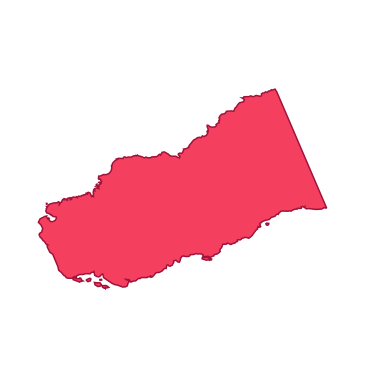 North West Choiseul, Choiseul, Solomon Islands, rotated 292°
{"feature_id": "97153195B88202120204491", "entity_name": "North West Choiseul", "entity_type": "district", "adm_level": 2, "iso_a3": "SLB", "parent_name": "Solomon Islands", "parent_adm1": "Choiseul", "projection": "equal_earth", "projection_center": [156.555, -6.774], "detail": "fine", "context": "isolated", "style": "filled", "palette": "rose", "viewbox_px": 384, "rotation_deg": 292, "n_neighbors": 0, "source": "geoboundaries", "source_scale": "gbopen_adm2", "svg_char_len": 5967}
<svg xmlns="http://www.w3.org/2000/svg" viewBox="0 0 384 384"><g transform="rotate(292 192 192)"><path d="M227.3,323.1L316.6,233.1L318.5,230.5L316.4,227.9L316.5,227.2L315.1,226.6L314.1,225.0L312.5,224.5L312.4,222.7L310.6,221.6L310.4,220.6L309.0,219.6L307.6,220.3L306.4,219.7L305.5,215.2L303.7,213.6L303.2,212.5L303.1,210.3L301.8,209.2L299.8,204.5L298.4,204.4L297.9,203.1L297.4,206.0L294.9,205.9L292.5,202.6L289.4,201.5L287.6,201.4L286.1,200.5L282.5,200.4L281.9,198.1L279.8,193.8L276.8,193.0L275.2,190.3L273.3,189.5L270.9,189.2L269.9,190.4L268.9,190.2L268.7,190.6L267.9,190.2L266.3,191.2L265.8,190.3L263.6,189.0L263.0,189.7L261.3,189.4L259.6,186.4L259.3,184.4L259.9,181.9L259.6,181.1L258.5,181.4L255.8,183.8L254.7,183.5L254.9,183.9L253.9,184.4L253.2,183.7L252.4,184.5L249.8,184.1L248.0,182.4L247.9,180.6L245.9,180.1L245.6,178.6L244.4,176.6L242.6,175.7L240.9,174.1L234.6,172.1L232.7,171.9L232.5,172.4L230.2,170.6L228.6,168.0L227.9,168.5L224.7,168.4L223.9,167.6L223.3,165.8L222.4,165.1L221.4,165.3L220.7,167.4L219.4,167.5L219.6,167.3L218.7,166.1L219.1,163.7L217.4,159.2L217.6,157.3L218.3,155.8L218.8,151.3L217.6,149.4L214.5,149.1L214.9,148.2L214.7,147.6L211.7,146.2L209.4,141.5L208.5,141.0L207.1,138.3L207.2,136.3L205.9,135.2L205.8,130.7L205.4,128.5L205.8,127.5L204.8,127.1L204.9,126.1L203.9,125.2L203.8,124.5L201.4,122.4L200.7,120.1L199.3,118.1L199.3,116.3L198.7,115.6L197.1,115.4L196.2,112.5L194.9,110.9L192.1,108.8L188.8,107.5L187.2,108.0L186.5,107.4L184.2,108.6L181.4,109.1L178.1,108.1L176.0,106.0L175.1,103.5L172.3,100.8L171.9,99.6L169.7,100.0L169.5,100.9L169.0,100.9L169.5,102.2L169.0,103.0L168.5,103.0L167.9,104.2L166.9,103.9L166.2,104.6L165.0,104.2L163.2,102.6L162.5,102.7L162.3,103.6L161.7,103.3L160.7,104.1L160.9,103.1L160.2,103.5L160.0,101.9L158.6,100.5L157.9,100.7L157.6,100.1L156.7,101.4L156.2,100.2L154.1,100.7L153.7,101.4L152.2,101.7L151.7,101.3L151.0,102.0L151.1,101.4L150.1,100.7L152.7,98.1L153.0,97.0L152.8,96.0L152.3,96.1L152.0,95.2L151.4,95.4L151.1,94.6L150.8,95.1L150.7,94.4L149.8,94.3L148.7,92.5L147.9,92.2L147.8,91.5L145.9,89.8L145.8,88.5L144.4,87.7L144.4,87.0L143.9,87.4L144.0,86.7L143.3,85.8L143.0,84.0L141.8,82.7L141.0,82.9L141.4,82.4L141.2,81.8L140.4,82.1L140.7,81.4L140.0,81.6L140.6,80.9L140.2,79.9L139.6,79.7L139.5,79.0L138.4,78.5L137.9,79.5L137.4,78.6L138.1,77.0L137.9,75.8L137.2,75.5L136.8,75.9L136.6,75.0L135.8,74.8L133.5,74.7L133.1,74.1L130.7,73.7L132.7,72.8L133.0,72.0L131.3,70.6L130.0,67.8L127.6,64.7L126.2,63.7L124.9,63.7L124.1,62.5L123.4,63.5L121.8,63.1L121.2,63.6L119.7,63.5L118.2,65.1L118.4,67.6L118.0,68.9L118.3,70.1L117.6,70.4L117.7,71.5L117.2,72.6L117.9,74.5L117.8,75.8L116.3,76.1L114.2,75.7L112.2,73.8L111.6,71.6L112.9,69.7L113.8,69.7L114.1,69.1L113.3,69.3L112.9,68.7L113.2,68.2L114.5,66.3L115.3,66.3L114.4,64.9L110.2,61.2L106.3,60.9L105.0,64.1L102.3,67.2L98.6,67.6L96.9,66.4L95.3,66.1L93.1,68.3L92.7,69.7L91.1,72.2L90.9,73.7L89.1,76.1L88.9,78.2L88.4,77.6L86.8,78.4L82.9,82.8L82.1,86.2L72.5,95.7L69.5,97.7L68.5,101.0L66.6,104.5L66.5,106.1L65.5,107.4L65.5,108.8L66.4,111.6L67.2,112.9L69.8,114.9L69.7,116.6L71.0,116.5L73.5,118.8L74.5,121.5L76.5,124.1L77.9,128.1L80.0,129.1L80.5,130.4L81.5,130.9L78.3,133.0L78.0,135.4L78.3,137.3L79.1,138.1L82.1,139.3L82.4,140.1L79.5,142.1L77.4,151.7L77.2,154.8L77.8,158.2L77.9,163.3L79.1,165.8L80.8,167.2L83.3,166.8L84.8,167.3L85.7,166.7L86.3,165.5L86.0,164.0L86.2,163.4L87.1,166.4L85.6,169.1L87.7,171.3L88.5,173.1L91.6,174.6L92.4,176.4L93.7,177.1L95.8,182.4L96.6,182.7L97.9,185.2L98.3,184.7L98.7,185.0L98.4,185.9L97.7,186.0L98.6,187.2L103.7,188.9L105.3,191.9L107.6,193.9L110.7,195.1L111.4,196.0L111.4,196.7L114.7,196.1L115.4,197.1L114.9,198.0L114.9,199.4L116.8,201.1L120.1,201.4L121.1,200.7L122.7,202.6L121.8,205.2L122.2,206.6L124.6,206.7L125.8,206.3L128.0,206.6L129.2,207.3L130.0,210.9L131.0,213.0L131.8,213.7L133.3,214.0L134.6,216.8L136.3,218.7L136.6,220.3L137.8,222.9L138.1,224.9L137.8,225.9L136.6,225.9L136.5,227.3L138.2,230.5L138.5,231.4L138.2,232.9L138.5,233.8L140.2,235.1L140.9,236.2L142.3,236.1L143.7,238.3L146.3,240.1L147.7,240.4L147.9,239.8L149.9,239.5L151.4,240.3L155.1,240.1L156.3,243.1L157.0,243.8L157.9,243.9L158.0,246.0L157.7,247.1L158.4,248.4L159.2,248.6L160.8,251.0L162.6,251.7L163.1,252.7L164.7,252.1L165.8,254.8L166.6,255.4L167.5,255.4L170.1,258.7L170.4,262.0L173.7,263.9L180.2,265.5L182.3,266.6L183.4,266.2L184.4,267.0L184.6,266.7L184.8,268.0L185.2,268.5L186.0,268.5L186.3,267.6L187.2,267.5L187.6,266.7L189.1,266.9L189.6,267.9L190.7,268.0L193.0,270.4L195.5,273.9L198.2,275.1L200.5,278.0L202.3,278.5L203.8,279.7L203.7,280.4L204.2,280.2L207.2,281.5L208.2,282.8L210.1,288.1L211.3,290.0L211.3,290.9L213.4,292.5L215.3,294.9L215.4,295.8L216.3,295.8L217.7,299.3L218.7,299.4L219.0,298.9L220.1,300.0L219.8,301.5L220.5,302.0L219.8,302.0L219.2,304.3L220.3,306.3L222.3,313.5L224.1,317.3L225.0,318.9L227.0,320.3L227.0,321.6L227.7,322.4L227.3,323.1ZM70.4,121.1L70.3,120.2L69.5,120.3L68.3,116.7L68.4,115.5L69.0,114.7L67.6,113.8L66.2,114.6L66.4,121.7L67.2,121.8L68.7,124.3L69.0,122.7L70.4,121.1ZM73.3,141.0L73.1,139.6L72.4,138.5L71.6,135.4L69.6,136.9L69.1,140.2L70.0,141.8L71.7,143.4L73.3,141.0ZM137.5,231.1L135.5,226.7L134.7,226.1L133.8,226.4L134.2,230.9L135.4,232.9L135.2,234.0L135.8,234.3L136.3,235.4L137.2,235.4L137.0,232.4L137.5,231.1ZM73.1,147.3L71.6,144.1L70.3,144.6L70.0,145.7L70.0,147.0L70.5,147.5L70.2,147.8L70.8,147.8L70.6,148.1L72.4,150.6L72.9,149.2L73.1,147.3ZM73.5,130.9L73.8,129.6L71.1,127.0L70.4,127.2L69.9,129.1L71.4,131.0L73.5,130.9ZM191.7,274.9L191.0,272.7L190.1,272.4L189.4,273.2L189.3,274.2L189.7,274.8L191.1,275.2L191.7,274.9ZM77.2,140.6L76.3,139.3L75.7,139.7L76.0,140.6L76.7,141.3L77.2,140.6ZM166.6,103.4L166.4,102.2L165.8,102.0L165.7,103.6L166.6,103.4ZM162.6,101.9L161.9,100.6L162.0,101.2L161.5,100.9L162.0,102.0L162.6,101.9ZM127.1,61.9L126.9,61.3L126.2,61.7L126.5,62.1L127.1,61.9ZM195.9,111.8L195.8,111.3L194.8,110.2L194.9,110.7L195.9,111.8ZM163.7,100.9L163.2,100.4L162.7,100.7L163.2,101.2L163.7,100.9Z" fill="#f43f5e" stroke="#9f1239" stroke-width="1.5"/></g></svg>